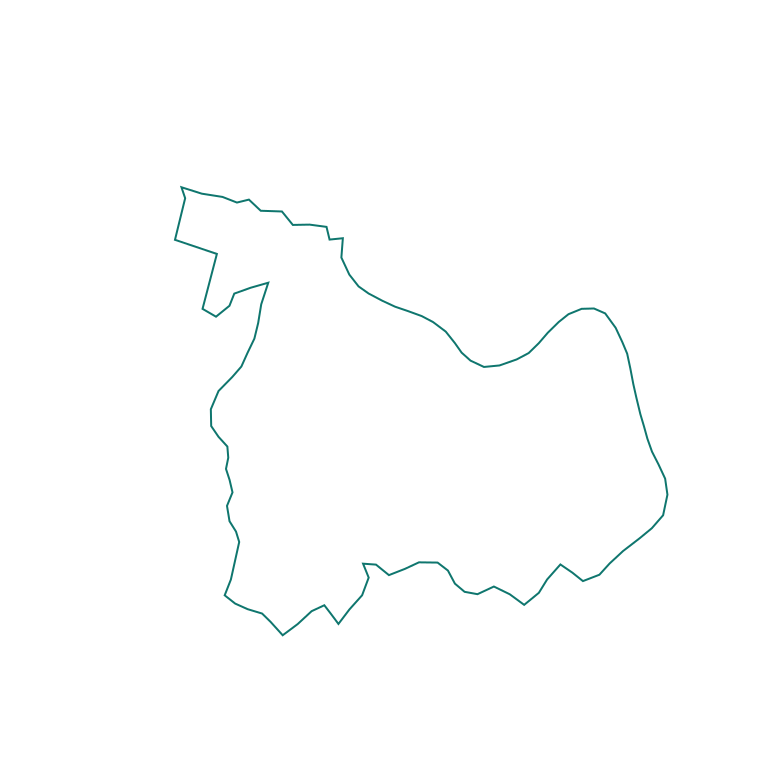 Paial, Santa Catarina, Brazil (Robinson projection), rotated 245°
{"feature_id": "56859067B54701998113386", "entity_name": "Paial", "entity_type": "district", "adm_level": 2, "iso_a3": "BRA", "parent_name": "Brazil", "parent_adm1": "Santa Catarina", "projection": "robinson", "projection_center": [-52.484, -27.213], "detail": "fine", "context": "isolated", "style": "outline", "palette": "teal", "viewbox_px": 768, "rotation_deg": 245, "n_neighbors": 0, "source": "geoboundaries", "source_scale": "gbopen_adm2", "svg_char_len": 1582}
<svg xmlns="http://www.w3.org/2000/svg" viewBox="0 0 768 768"><g transform="rotate(245 384 384)"><path d="M120.1,498.6L126.0,512.7L131.6,530.1L136.1,550.3L140.1,565.8L147.1,581.5L163.9,594.1L179.4,598.8L195.1,598.8L209.4,598.3L223.1,599.6L235.6,601.7L248.4,603.6L265.2,607.0L278.5,609.9L293.9,613.8L308.7,617.2L321.1,617.7L337.0,617.7L354.5,614.3L363.7,606.2L368.6,594.9L369.3,580.7L366.4,568.7L361.2,554.0L355.6,541.6L350.9,528.2L350.2,514.6L352.0,496.5L357.2,481.8L368.6,472.3L379.6,467.6L391.3,465.5L405.4,462.1L419.3,454.7L429.6,446.9L439.9,436.6L449.4,426.7L460.1,417.7L472.5,408.3L483.2,402.2L497.8,398.8L516.6,398.8L533.5,408.3L537.9,395.7L550.7,398.3L559.9,383.9L566.7,368.6L583.5,364.4L593.1,345.5L608.2,339.5L610.6,327.4L621.8,316.7L633.5,299.3L647.9,283.6L636.4,282.3L620.7,269.7L603.0,255.5L572.5,287.5L528.8,251.3L516.0,260.2L520.2,277.0L529.2,286.5L527.6,303.8L524.7,321.9L508.1,306.4L492.4,295.7L479.9,285.7L470.0,273.6L460.1,262.1L454.5,249.5L447.6,231.1L434.3,216.4L418.9,209.6L406.1,211.7L393.5,215.6L383.0,211.7L373.8,204.9L362.3,203.5L349.8,200.9L339.9,190.2L324.9,186.0L312.8,187.5L302.0,186.0L271.5,162.6L259.8,150.3L247.9,156.3L237.6,165.2L227.5,176.5L216.3,180.7L199.1,186.0L202.9,204.3L208.7,222.4L208.7,236.4L198.4,238.7L185.8,241.3L194.3,257.4L201.8,274.9L215.0,288.3L230.0,289.1L223.7,300.4L208.7,307.7L207.6,324.8L207.6,340.3L199.5,357.1L187.9,363.1L173.1,363.9L161.6,369.2L154.0,379.9L154.0,398.0L140.3,409.1L124.6,417.7L129.3,436.1L137.9,449.2L145.9,467.6L133.4,475.0L121.3,481.0L120.1,498.6Z" fill="none" stroke="#0f766e" stroke-width="2"/></g></svg>